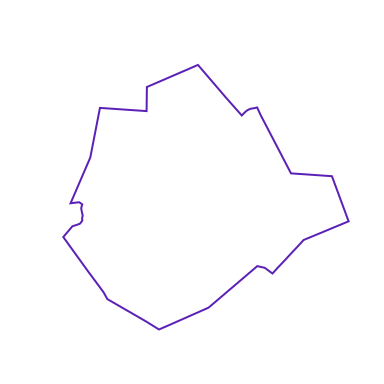 Botuporã, Bahia, Brazil (Natural Earth projection), rotated 69°
{"feature_id": "56859067B81819633149990", "entity_name": "Botuporã", "entity_type": "district", "adm_level": 2, "iso_a3": "BRA", "parent_name": "Brazil", "parent_adm1": "Bahia", "projection": "natural_earth1", "projection_center": [-42.533, -13.321], "detail": "fine", "context": "isolated", "style": "outline", "palette": "violet", "viewbox_px": 384, "rotation_deg": 69, "n_neighbors": 0, "source": "geoboundaries", "source_scale": "gbopen_adm2", "svg_char_len": 756}
<svg xmlns="http://www.w3.org/2000/svg" viewBox="0 0 384 384"><g transform="rotate(69 192 192)"><path d="M275.5,56.3L227.4,55.7L215.5,81.2L210.1,92.9L169.6,97.5L144.3,100.4L136.4,100.9L136.1,103.7L135.2,107.9L135.6,111.5L136.7,114.4L138.4,118.1L115.5,126.7L108.4,129.2L75.5,140.9L77.8,196.5L100.2,205.4L80.5,247.8L123.2,274.5L125.2,276.4L159.0,309.4L161.1,301.0L164.2,298.9L167.3,301.2L170.8,301.9L174.9,302.5L177.1,304.0L179.4,304.7L181.4,307.9L181.4,311.4L181.1,315.9L187.9,328.3L228.4,317.6L253.9,310.5L261.7,309.4L296.0,281.6L308.5,272.1L308.1,262.0L306.8,236.2L305.9,218.0L284.6,157.6L288.8,151.3L296.9,146.1L295.6,143.4L293.4,139.1L290.3,132.5L286.6,125.0L279.5,110.4L276.8,105.0L275.5,56.3Z" fill="none" stroke="#5b21b6" stroke-width="2"/></g></svg>